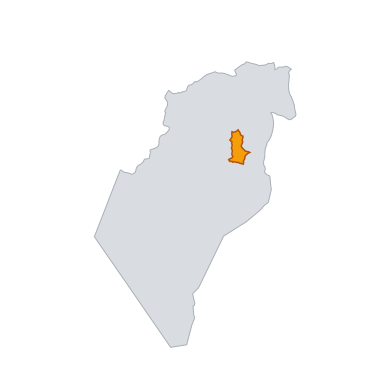 Dababa, Hadjer-Lamis, Chad (highlighted), rotated 202°
{"feature_id": "50815135B80092252042653", "entity_name": "Dababa", "entity_type": "district", "adm_level": 2, "iso_a3": "TCD", "parent_name": "Chad", "parent_adm1": "Hadjer-Lamis", "projection": "equal_earth", "projection_center": [16.914, 12.314], "detail": "fine", "context": "in_parent", "style": "filled", "palette": "amber", "viewbox_px": 384, "rotation_deg": 202, "n_neighbors": 0, "source": "geoboundaries", "source_scale": "gbopen_adm2", "svg_char_len": 4703}
<svg xmlns="http://www.w3.org/2000/svg" viewBox="0 0 384 384"><g transform="rotate(202 192 192)"><path d="M265.7,113.9L265.9,122.3L266.0,130.7L266.1,139.2L266.2,147.6L266.4,156.1L266.5,164.5L266.6,173.0L266.7,181.5L266.7,184.3L266.6,185.5L266.2,185.8L262.8,185.0L261.4,185.0L259.3,185.6L256.3,185.9L254.3,185.8L253.0,187.3L251.9,189.1L252.5,193.3L252.4,194.7L252.0,196.1L251.1,197.4L250.1,198.4L249.6,199.3L248.9,201.2L248.4,202.1L248.5,203.3L248.3,204.5L247.8,205.2L246.4,205.7L245.5,206.2L244.7,207.2L244.2,207.8L244.5,208.7L244.9,209.9L245.1,211.8L245.3,212.9L246.0,213.8L246.4,214.5L246.5,215.2L246.1,215.9L244.4,217.3L243.7,217.8L242.9,218.5L242.6,218.8L241.4,220.1L240.8,221.2L240.5,222.2L240.5,223.5L241.1,225.5L241.9,227.2L242.1,228.5L242.3,229.9L242.3,231.2L241.9,232.3L241.3,233.4L238.9,235.3L237.7,237.5L236.8,240.1L236.6,241.5L236.9,242.5L237.4,243.3L238.1,243.7L239.1,243.8L240.8,243.4L242.4,243.1L244.1,244.0L245.0,246.2L244.7,247.8L245.4,250.7L246.0,254.2L245.9,255.4L246.2,255.9L247.2,256.1L247.5,256.9L247.2,263.1L247.7,264.8L248.4,266.0L249.2,266.7L250.0,267.5L250.5,268.1L251.4,268.2L252.5,269.3L252.8,270.8L252.7,272.3L252.1,275.4L251.6,277.5L251.0,277.4L249.8,276.8L248.2,276.4L246.4,276.0L244.6,276.9L242.7,278.0L242.1,278.8L241.6,279.3L240.7,279.2L239.9,279.4L239.5,280.2L238.8,281.0L236.1,282.8L235.5,283.5L235.2,284.1L235.2,284.9L235.4,286.3L235.5,288.2L234.8,289.6L234.1,290.6L233.3,291.0L232.6,291.2L232.2,291.8L230.8,295.2L230.1,295.8L228.9,295.7L225.3,300.8L224.9,302.3L223.6,304.4L221.9,306.7L220.4,307.8L220.3,308.3L219.9,308.7L218.9,309.2L215.7,312.1L211.9,312.0L210.1,313.1L208.5,313.6L206.1,314.1L205.3,314.1L202.2,314.3L198.6,314.2L197.2,314.6L195.8,315.7L194.9,316.7L194.7,317.0L194.9,317.4L194.8,317.7L197.4,320.0L198.0,321.2L197.4,322.3L197.1,322.5L196.6,323.4L195.1,326.0L192.9,329.2L191.7,330.1L191.2,330.6L190.6,332.7L190.2,333.0L188.7,333.3L185.6,333.5L181.3,334.2L178.7,334.4L177.1,334.2L174.9,335.6L174.0,336.0L173.6,336.1L171.3,337.5L169.5,339.6L168.8,340.1L166.2,341.0L165.2,342.4L164.7,342.6L163.0,340.6L161.9,338.8L161.3,337.1L161.2,336.5L160.9,336.6L160.0,337.4L159.2,338.3L158.8,340.0L156.1,341.2L153.8,342.2L152.8,343.4L151.2,344.0L149.1,343.8L147.5,343.3L145.9,343.1L146.7,341.5L147.0,340.4L147.0,338.9L146.9,338.0L146.0,337.5L145.4,336.7L144.1,332.3L142.7,327.6L140.7,323.1L138.6,320.2L137.1,318.4L136.6,318.2L135.8,317.6L135.2,317.1L132.4,314.1L129.5,310.6L128.8,309.0L127.3,306.7L125.7,304.3L124.8,303.2L124.4,301.2L125.6,299.4L126.8,297.1L128.3,295.6L130.2,295.5L133.3,296.1L136.8,296.4L140.1,295.9L141.0,295.6L141.9,295.6L143.7,296.1L146.9,296.0L148.5,295.1L146.7,293.5L144.8,291.0L143.1,288.3L142.0,285.9L141.0,282.7L140.1,278.8L139.6,273.8L139.7,270.9L140.0,268.9L140.9,265.5L140.3,263.6L140.4,262.0L140.3,259.7L140.0,258.5L138.8,254.6L138.6,254.2L137.5,251.5L137.0,247.1L135.8,244.1L133.9,242.7L132.7,241.0L132.3,237.9L131.6,237.1L128.5,236.0L125.9,236.0L124.0,232.6L121.7,228.1L119.4,224.0L118.1,215.8L117.3,211.1L118.2,209.6L120.0,206.3L122.4,199.9L127.7,190.0L130.4,184.9L135.8,177.4L142.5,168.1L146.2,162.9L146.8,153.4L147.5,143.4L148.0,135.8L148.6,126.8L149.1,119.4L149.5,113.9L150.0,106.2L150.4,104.7L153.0,98.7L153.2,97.9L152.7,96.9L149.1,91.8L148.0,90.6L147.3,88.0L148.3,86.5L143.9,77.9L142.8,76.9L142.4,75.8L142.3,74.3L142.3,68.4L141.1,59.1L139.7,48.3L144.8,45.3L148.7,42.9L153.6,40.0L158.2,43.0L164.9,47.4L171.5,51.8L178.2,56.2L184.9,60.6L191.6,65.0L198.2,69.5L205.0,73.9L211.7,78.3L218.4,82.8L225.1,87.2L231.9,91.6L238.6,96.1L245.4,100.5L252.2,105.0L258.9,109.4L265.7,113.9Z" fill="#d9dde1" stroke="#a8b0b8" stroke-width="1"/><path d="M170.1,235.6L169.2,235.0L168.7,234.9L168.1,234.5L167.7,234.9L166.3,235.4L165.6,234.9L164.7,235.4L164.4,235.8L161.3,236.2L160.5,236.5L160.2,236.9L159.6,236.7L158.7,236.5L157.2,236.8L156.6,236.7L156.1,237.1L155.0,236.9L155.0,238.3L155.5,239.1L156.0,240.4L155.6,241.9L155.6,242.9L155.8,243.8L156.3,244.8L155.8,246.4L154.8,248.4L154.2,249.4L153.2,250.3L154.3,250.5L157.8,249.9L159.9,250.9L160.5,251.0L163.0,252.3L163.4,252.9L163.8,254.2L163.7,255.9L163.6,256.8L164.1,258.0L164.8,258.6L164.9,259.1L165.1,260.1L165.3,262.0L165.7,262.9L166.4,262.8L168.0,263.1L169.0,263.9L169.8,265.1L170.2,265.3L171.2,266.0L172.6,266.9L173.2,265.5L173.8,264.7L174.7,263.8L175.6,263.0L176.6,262.9L177.5,262.9L176.8,260.6L176.0,259.2L175.6,258.4L175.5,257.7L176.0,255.9L176.3,254.3L175.6,254.2L175.0,253.7L174.1,253.7L173.6,253.2L173.6,252.3L173.3,251.5L172.6,250.9L172.2,250.1L172.0,248.9L171.9,247.4L171.4,247.1L170.6,246.0L169.9,245.0L169.8,244.4L169.4,242.6L169.1,241.7L168.5,241.0L168.0,240.7L167.3,240.0L167.7,238.7L168.9,237.4L169.6,236.6L170.1,235.6Z" fill="#f59e0b" stroke="#b45309" stroke-width="1.5"/></g></svg>